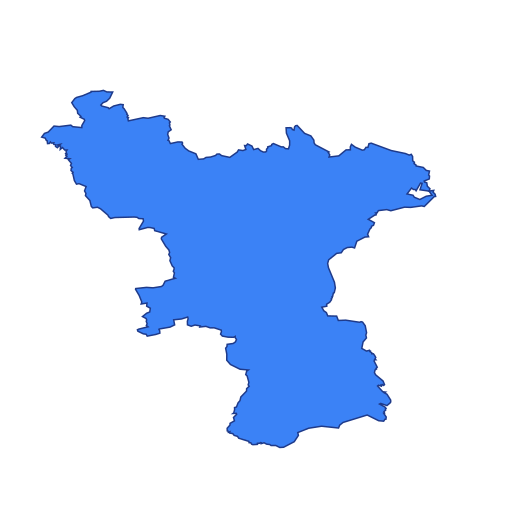 Ås nor, Akershus, Norway, rotated 169°
{"feature_id": "86288312B89206777827564", "entity_name": "Ås nor", "entity_type": "district", "adm_level": 2, "iso_a3": "NOR", "parent_name": "Norway", "parent_adm1": "Akershus", "projection": "natural_earth1", "projection_center": [10.806, 59.679], "detail": "fine", "context": "isolated", "style": "filled", "palette": "blue", "viewbox_px": 512, "rotation_deg": 169, "n_neighbors": 0, "source": "geoboundaries", "source_scale": "gbopen_adm2", "svg_char_len": 6052}
<svg xmlns="http://www.w3.org/2000/svg" viewBox="0 0 512 512"><g transform="rotate(169 256 256)"><path d="M386.5,449.0L386.7,448.3L395.7,446.4L401.8,445.9L403.8,445.1L407.6,441.7L406.0,437.3L403.6,433.1L403.8,430.1L401.2,426.5L402.2,425.8L398.5,423.0L398.3,421.6L402.0,417.4L402.5,415.3L411.2,417.9L412.8,419.8L424.5,420.6L429.5,422.1L436.3,417.3L440.3,416.7L443.7,413.6L440.4,411.9L439.8,409.5L439.0,409.0L439.2,406.1L437.3,405.9L436.1,407.2L435.3,405.9L433.0,405.7L433.5,405.1L433.1,404.1L431.3,403.3L431.9,401.8L430.3,400.2L428.9,401.2L429.5,402.9L426.6,403.0L428.4,401.7L426.9,401.1L427.8,398.0L425.3,399.4L423.5,396.5L421.3,396.1L422.4,395.1L422.5,393.2L424.0,392.6L422.2,392.4L422.2,391.6L423.4,390.9L422.6,389.9L424.8,388.4L420.2,387.0L421.8,386.3L419.5,382.1L420.8,380.3L419.5,377.9L420.6,377.4L421.3,375.2L419.6,373.1L420.6,372.3L420.1,371.5L419.9,364.7L418.5,360.8L415.9,360.8L409.5,356.6L411.9,352.6L411.0,349.9L411.9,347.8L408.5,342.2L408.2,336.1L407.1,334.4L402.3,334.1L399.6,332.0L393.5,324.3L393.2,322.8L391.5,320.6L387.2,320.7L368.1,317.5L365.4,316.7L363.8,315.1L359.7,314.1L359.8,311.7L365.5,305.3L365.6,304.1L356.9,304.7L354.4,304.1L350.7,302.5L350.6,300.2L339.8,294.7L345.1,292.4L345.7,290.9L342.8,282.8L340.4,278.6L340.1,276.0L341.3,274.1L340.1,270.7L341.4,267.8L340.1,262.2L338.7,260.2L338.9,258.7L340.1,256.8L339.3,255.0L341.1,250.8L339.5,249.6L350.0,248.6L352.9,244.9L354.7,244.1L363.1,244.4L369.5,246.1L380.3,247.0L380.6,246.3L378.2,239.5L376.9,232.6L377.9,230.8L372.0,230.6L372.9,227.6L369.7,224.9L371.0,221.3L374.3,220.7L379.0,218.2L375.8,215.6L375.5,214.1L376.2,212.8L375.8,210.3L376.9,208.7L375.5,207.1L385.1,206.6L386.5,206.2L386.3,204.7L381.5,201.1L378.7,200.1L378.1,198.1L369.4,198.1L365.1,198.6L364.8,200.9L365.3,202.6L364.7,202.8L353.9,202.6L349.0,203.9L349.0,209.1L341.2,208.4L334.7,209.1L334.6,207.3L335.8,205.1L336.4,201.5L333.0,199.4L329.1,199.9L324.0,198.0L324.7,197.0L318.6,196.5L314.7,194.2L310.8,193.5L304.3,189.9L304.4,188.2L305.7,186.1L304.3,183.8L299.0,181.7L293.6,180.5L291.8,181.0L292.1,180.0L291.1,177.8L292.6,175.6L295.1,174.5L301.2,174.8L301.8,172.6L303.4,171.3L303.4,165.2L304.6,159.3L301.8,154.4L293.3,147.9L285.3,145.6L287.1,144.8L288.7,141.5L287.6,140.0L287.1,133.3L288.3,131.0L287.6,129.4L290.5,127.6L291.1,125.2L297.8,120.5L299.3,117.1L301.6,115.3L304.0,111.5L306.0,111.3L306.3,109.3L307.8,106.2L308.6,105.8L305.3,105.3L305.2,104.3L308.9,101.8L308.6,98.3L313.4,96.7L313.8,95.0L317.2,92.4L317.6,89.8L316.8,89.4L316.8,88.2L315.4,88.4L315.9,87.8L315.6,87.2L312.7,86.1L311.7,84.1L308.6,82.5L307.7,80.4L298.4,75.4L298.4,74.0L296.8,73.7L296.2,72.1L295.1,71.4L290.6,70.8L290.0,71.4L291.0,72.0L288.1,71.5L287.1,72.0L286.5,71.7L286.7,70.8L283.7,71.1L281.5,69.3L278.4,68.3L277.4,67.1L272.7,66.2L269.2,63.5L265.4,63.0L253.9,66.4L248.6,71.8L248.7,74.7L237.2,76.9L224.1,76.4L207.8,71.4L206.1,74.0L202.3,76.0L177.2,78.7L167.0,70.9L162.2,69.5L160.6,71.1L159.6,71.0L158.9,73.1L160.7,77.3L159.8,77.3L160.1,78.8L158.1,80.0L158.2,81.2L157.4,81.6L158.1,83.0L163.0,87.1L161.7,87.5L156.0,84.2L152.5,86.1L151.6,87.0L151.3,88.9L153.8,95.3L156.1,97.2L154.9,97.7L157.5,98.6L161.5,105.2L160.5,105.8L157.9,104.4L157.8,105.4L157.2,104.9L156.6,105.7L155.4,104.6L154.4,105.2L155.1,109.0L161.2,116.5L162.0,118.8L161.0,121.3L159.3,122.1L159.6,122.8L158.2,123.7L160.1,130.3L159.5,131.5L158.2,131.3L158.8,132.3L157.8,133.5L158.5,135.7L159.4,137.6L161.0,138.0L160.8,138.9L162.1,140.1L161.9,140.7L162.5,140.7L162.6,141.8L165.7,141.6L169.8,145.1L167.3,151.2L163.2,154.5L163.3,157.4L162.1,159.6L162.1,166.7L164.0,170.8L165.4,171.5L167.0,171.2L180.2,175.9L187.5,177.0L188.3,181.6L197.0,183.5L197.7,187.0L199.9,189.3L201.2,193.2L196.1,193.2L195.9,195.2L192.5,196.5L190.2,198.7L190.2,199.8L189.1,200.5L189.1,201.6L188.5,201.7L187.1,204.9L186.2,205.0L184.2,209.5L184.0,215.3L187.1,230.6L187.1,235.0L185.4,238.4L176.3,243.2L171.7,242.9L168.9,245.7L164.8,246.9L160.2,246.4L157.7,245.1L154.2,251.3L145.5,253.8L141.8,253.4L142.3,256.1L139.1,260.7L137.4,261.8L136.9,263.2L134.8,263.7L133.4,266.1L138.8,270.6L131.4,273.6L130.5,273.3L129.7,274.6L130.3,275.4L128.8,275.4L127.2,277.2L118.8,276.6L115.0,274.7L100.8,275.6L94.9,274.2L83.8,273.6L81.4,272.5L69.7,280.3L68.3,280.2L68.4,282.5L70.0,284.9L69.0,286.5L73.8,286.7L72.4,288.8L74.5,291.8L74.4,295.3L76.5,296.4L76.6,297.5L71.2,298.6L70.4,301.4L71.1,302.5L69.5,306.3L72.5,307.5L74.9,311.0L81.6,313.8L81.6,314.9L83.2,316.5L82.6,317.8L84.0,319.5L83.3,323.8L84.2,326.2L86.3,325.8L89.8,328.1L103.1,333.7L121.4,344.8L123.7,344.7L125.4,341.3L127.3,341.7L129.4,339.6L131.4,339.6L137.8,343.9L141.0,347.4L142.6,345.1L143.1,342.2L147.3,343.0L155.6,338.5L165.4,339.2L164.3,341.2L165.4,343.8L164.5,344.2L176.6,353.9L177.4,356.0L177.1,358.7L179.2,363.4L184.9,367.1L190.7,376.3L192.3,376.3L193.5,375.4L194.7,372.3L196.2,373.2L196.6,374.8L197.8,375.4L202.0,376.1L202.7,370.8L201.0,362.7L201.8,358.5L203.7,355.0L206.6,355.8L208.3,357.9L210.4,358.3L217.5,363.1L219.3,362.5L219.7,361.4L223.7,360.9L223.8,359.9L225.3,358.8L225.6,357.0L226.6,356.3L228.9,356.6L231.5,358.5L233.5,361.2L238.0,360.9L239.0,364.7L242.9,367.6L244.5,366.2L246.1,366.6L245.6,362.5L248.7,362.0L252.9,363.5L254.6,361.6L262.9,357.8L270.6,361.1L272.4,363.1L274.9,363.5L276.5,362.4L281.8,361.8L286.2,362.3L288.9,361.3L294.2,361.9L295.5,367.8L302.0,372.0L305.0,375.3L307.3,379.8L306.5,380.9L306.9,382.0L311.0,382.9L318.6,382.7L319.5,386.1L320.3,386.4L318.9,388.4L319.5,392.2L318.5,394.6L315.2,396.1L316.2,400.3L315.5,401.0L315.6,403.2L314.6,403.9L316.2,406.9L319.7,408.8L319.8,409.7L318.9,410.6L323.2,412.2L335.6,411.8L340.3,413.3L355.5,413.0L355.6,415.3L354.8,416.1L356.0,417.0L354.8,418.4L355.8,419.7L355.4,420.5L357.3,425.6L358.4,427.2L357.5,429.9L360.3,430.8L367.1,430.4L372.1,428.6L372.8,429.8L378.7,432.6L379.5,433.8L376.9,435.7L373.2,436.4L369.5,438.8L365.4,444.3L371.1,445.5L374.2,447.7L378.4,447.6L386.5,449.0ZM73.8,286.7L71.6,282.0L77.5,282.2L84.4,280.2L89.4,283.5L90.3,285.7L95.9,288.1L90.4,293.0L88.8,291.3L86.9,290.8L86.4,289.5L80.6,296.2L79.1,295.6L82.4,289.7L73.8,286.7Z" fill="#3b82f6" stroke="#1e3a8a" stroke-width="1.5"/></g></svg>